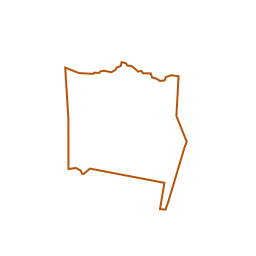 Colorado, Texas, United States of America (Robinson projection), rotated 320°
{"feature_id": "52423323B95841930276474", "entity_name": "Colorado", "entity_type": "district", "adm_level": 2, "iso_a3": "USA", "parent_name": "United States of America", "parent_adm1": "Texas", "projection": "robinson", "projection_center": [-96.463, 29.605], "detail": "fine", "context": "isolated", "style": "outline", "palette": "amber", "viewbox_px": 256, "rotation_deg": 320, "n_neighbors": 0, "source": "geoboundaries", "source_scale": "gbopen_adm2", "svg_char_len": 632}
<svg xmlns="http://www.w3.org/2000/svg" viewBox="0 0 256 256"><g transform="rotate(320 128 128)"><path d="M100.4,210.7L104.2,214.6L111.6,210.3L158.7,179.3L164.2,176.2L172.8,149.9L200.0,120.9L195.1,115.4L189.8,113.4L186.6,115.1L182.7,112.4L181.3,108.0L178.9,104.8L180.5,100.8L174.7,95.8L174.9,92.8L172.1,91.4L170.6,82.7L167.6,79.9L168.0,77.1L165.4,73.4L162.4,75.9L158.0,74.4L156.0,75.4L151.1,74.6L146.6,68.9L143.4,66.9L141.4,67.3L137.5,63.8L136.2,64.2L125.8,54.5L118.7,41.4L88.4,82.4L56.0,121.2L62.4,125.1L64.4,130.3L63.4,133.4L64.5,134.7L72.7,134.6L120.6,193.4L100.4,210.7Z" fill="none" stroke="#b45309" stroke-width="2"/></g></svg>